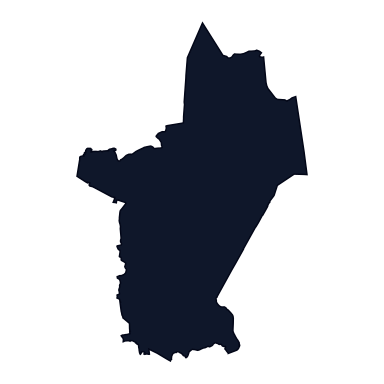 outline of Álvaro Obregón, Michoacán, Mexico
{"feature_id": "50627088B69067418356902", "entity_name": "Álvaro Obregón", "entity_type": "district", "adm_level": 2, "iso_a3": "MEX", "parent_name": "Mexico", "parent_adm1": "Michoacán", "projection": "robinson", "projection_center": [-101.043, 19.878], "detail": "fine", "context": "isolated", "style": "filled", "palette": "ink", "viewbox_px": 384, "rotation_deg": 0, "n_neighbors": 0, "source": "geoboundaries", "source_scale": "gbopen_adm2", "svg_char_len": 5968}
<svg xmlns="http://www.w3.org/2000/svg" viewBox="0 0 384 384"><path d="M226.7,56.5L222.9,55.4L202.5,23.0L187.4,57.7L186.0,75.2L185.9,78.2L184.2,102.0L184.6,105.6L184.4,105.7L183.6,116.8L183.6,118.5L183.4,122.8L182.1,123.2L167.6,125.6L166.4,125.9L166.0,126.1L166.3,127.9L166.2,128.8L166.0,129.7L165.6,130.5L165.5,131.2L165.3,131.5L164.7,131.8L162.2,131.7L158.2,133.5L158.2,134.0L157.5,134.5L156.7,135.4L156.2,136.1L156.2,136.3L156.2,136.6L156.4,136.8L157.3,137.6L158.1,138.4L159.2,139.1L161.4,142.6L161.4,144.0L161.6,145.5L162.1,146.7L162.1,147.5L161.7,147.8L160.2,148.1L157.6,148.2L154.5,148.6L153.5,148.0L153.2,147.4L152.0,146.6L151.1,146.2L150.4,146.1L147.3,146.7L144.2,147.4L143.4,147.9L138.9,150.0L136.0,151.5L132.6,154.0L131.1,154.6L130.9,154.2L128.8,154.3L126.3,155.4L125.2,156.4L123.9,157.7L122.0,159.2L120.7,159.8L119.9,160.9L119.2,161.1L118.5,161.0L117.6,160.1L116.9,158.6L116.2,155.1L115.0,152.5L114.2,151.5L113.8,150.9L114.1,150.7L114.9,150.6L115.6,150.4L115.9,150.0L115.8,149.1L114.4,148.3L113.0,148.3L112.2,148.7L109.4,149.3L108.2,150.3L108.4,150.7L102.9,151.1L102.6,151.6L101.7,151.6L101.1,151.1L100.3,150.9L99.3,151.3L98.1,151.6L95.8,151.4L93.0,151.5L92.3,151.8L91.0,152.2L90.9,152.1L90.9,151.8L91.3,151.6L91.3,151.3L91.2,151.0L91.2,150.7L91.8,150.1L91.8,149.6L91.5,149.3L91.0,149.4L90.7,148.5L89.9,148.3L89.4,148.5L87.9,148.3L86.9,148.7L86.1,149.9L85.8,150.2L85.5,152.2L85.6,152.5L84.8,152.5L84.4,152.9L84.4,153.5L84.5,153.8L84.8,154.1L83.8,154.4L83.5,154.8L83.3,155.2L83.9,155.4L84.0,156.0L83.6,156.2L82.5,156.1L81.0,156.3L80.2,156.8L79.8,157.1L79.7,158.7L79.8,159.1L77.0,176.3L86.7,182.5L87.5,182.2L87.7,182.9L88.7,182.7L89.1,182.5L89.9,183.0L89.1,185.0L89.8,186.0L90.3,186.1L92.7,186.7L111.9,196.9L114.6,197.4L114.4,197.8L114.7,197.9L114.9,198.1L113.2,202.3L115.0,202.5L116.3,202.8L116.7,200.2L118.7,200.0L118.7,200.3L125.4,202.5L125.9,203.5L122.0,208.6L120.4,210.5L120.0,211.9L119.4,217.5L119.4,219.1L119.2,220.5L119.4,222.0L120.2,224.7L120.5,226.5L120.3,228.6L121.1,238.0L121.0,238.9L120.7,239.8L120.5,241.2L121.0,242.2L120.8,242.3L121.4,243.4L121.5,244.1L121.3,244.7L120.8,245.1L117.2,245.9L117.0,246.2L117.1,246.7L118.1,249.0L119.0,249.9L119.8,250.2L120.1,251.6L120.1,252.0L119.4,256.3L119.4,256.6L119.7,256.9L120.7,257.2L121.1,257.6L121.2,257.9L121.2,259.9L121.5,260.4L124.2,261.9L125.1,262.6L125.7,263.2L125.7,263.7L124.8,266.7L125.4,268.1L126.5,269.5L125.7,272.8L124.2,274.4L121.5,275.6L119.4,275.7L118.1,276.4L117.2,276.6L117.2,276.8L117.4,278.1L119.4,279.3L119.7,279.7L120.3,281.5L120.4,282.2L120.4,282.6L120.6,282.8L120.4,283.6L120.0,284.3L119.6,285.3L119.7,286.6L119.5,287.9L119.0,289.1L118.9,289.6L118.9,290.5L119.2,291.5L119.5,293.8L119.4,294.1L117.1,295.0L117.1,295.4L117.3,296.5L117.0,298.0L119.4,299.1L119.6,299.5L119.9,300.9L120.6,302.1L120.5,302.3L120.0,302.1L121.2,311.2L121.6,312.8L122.0,315.0L123.0,317.1L122.9,317.8L128.6,322.6L129.4,323.2L129.4,323.5L129.5,324.0L129.6,329.0L129.7,329.7L130.0,330.8L130.1,331.0L129.7,331.1L129.9,333.7L127.1,334.5L125.7,334.6L123.8,335.0L122.3,335.1L121.2,335.8L123.2,338.5L123.4,339.9L123.2,341.7L123.6,341.6L124.2,341.2L125.2,340.9L127.9,340.7L129.1,340.8L129.9,341.1L129.9,340.6L132.6,340.7L135.3,342.2L136.0,342.2L136.5,342.9L136.5,343.0L136.2,343.2L136.6,343.4L136.9,344.0L137.1,344.1L138.3,344.5L138.7,346.7L138.7,347.2L139.1,349.1L139.1,349.9L139.6,352.8L140.1,354.0L140.3,354.3L140.6,354.1L140.8,353.7L140.8,353.4L141.2,353.1L141.3,352.9L141.4,352.4L141.7,352.1L142.0,351.9L143.0,351.7L144.0,352.0L144.5,352.2L144.8,352.4L144.5,353.0L144.2,353.4L144.0,353.8L144.0,354.1L144.3,354.3L145.0,353.9L145.4,354.1L145.5,354.2L145.9,354.2L146.2,353.9L146.9,353.8L147.7,354.1L149.1,354.3L149.4,354.2L148.8,349.1L157.2,353.2L166.7,358.9L170.4,361.0L170.8,359.9L171.1,359.6L171.5,359.4L171.4,358.6L171.7,356.0L173.0,353.4L175.5,352.3L175.8,352.3L176.1,352.5L176.3,352.4L176.8,351.7L177.1,351.8L177.9,351.7L178.8,351.9L179.4,352.3L180.0,352.5L180.2,352.8L180.3,353.0L181.0,353.0L181.7,353.6L182.1,354.1L182.8,354.5L183.0,354.7L183.1,355.4L183.4,355.6L185.2,356.2L185.6,357.5L186.0,357.7L187.3,356.7L188.1,355.0L189.1,351.9L189.3,351.4L190.0,351.1L190.9,350.3L192.3,349.3L193.6,349.5L194.8,349.6L197.6,350.3L198.1,350.2L199.5,349.8L200.6,349.2L203.3,348.0L205.1,347.7L206.7,346.9L208.1,346.2L209.0,346.7L209.8,346.8L210.0,346.6L211.1,346.1L211.9,345.7L212.7,345.0L213.2,344.1L214.1,343.4L214.7,343.0L215.5,342.8L218.2,343.7L218.9,344.3L219.3,344.4L220.7,344.3L221.4,344.5L222.4,346.0L222.9,346.1L223.2,346.3L224.3,346.6L225.3,346.3L225.5,346.5L225.5,347.6L225.2,348.1L224.9,348.9L225.3,349.2L226.7,351.2L228.3,353.2L228.3,353.4L236.7,350.2L237.4,349.7L238.4,348.6L239.4,346.3L239.2,346.3L239.2,346.0L239.4,345.2L239.2,345.1L239.1,344.2L239.4,344.3L239.1,343.2L239.2,342.8L237.8,340.3L236.8,339.0L235.8,337.2L235.7,337.2L234.7,335.1L233.8,333.5L233.1,331.7L232.9,330.5L233.2,323.4L233.3,318.4L233.0,316.2L232.5,315.0L230.8,312.9L228.1,310.0L227.4,309.6L227.0,309.6L226.7,309.0L225.9,307.9L224.7,307.1L224.1,306.9L223.4,307.0L221.5,307.0L220.2,306.5L219.4,306.0L218.3,304.9L217.1,303.4L216.5,302.2L216.3,301.6L216.3,300.0L215.9,299.1L216.0,298.2L216.7,297.4L216.9,297.3L217.3,296.2L232.0,269.5L235.4,263.6L243.4,249.3L243.3,249.2L243.7,248.3L256.1,226.0L256.2,225.9L256.3,226.1L258.5,222.4L262.4,215.2L262.7,215.2L265.6,210.1L267.3,207.0L267.3,206.7L267.7,206.1L267.4,205.9L268.4,204.1L269.1,202.8L269.6,202.5L269.8,202.0L269.9,201.9L269.8,201.1L273.3,196.5L274.1,195.3L277.2,185.7L277.7,185.1L294.0,174.2L294.5,174.1L304.1,174.4L307.0,174.6L304.0,151.5L295.7,96.6L292.0,97.9L289.9,99.5L288.0,100.4L286.9,101.1L284.8,99.9L277.3,99.4L275.3,98.1L267.9,88.5L266.7,85.7L266.0,82.5L263.6,57.0L262.4,57.3L261.0,57.1L260.1,56.8L259.7,56.8L259.5,56.5L259.5,55.9L259.8,54.9L261.4,52.8L259.5,51.3L256.7,50.2L255.1,50.9L251.5,51.2L249.0,51.2L246.6,52.4L243.6,53.7L240.4,54.3L236.6,54.2L234.5,54.0L233.3,55.0L232.0,56.9L230.2,58.0L228.0,58.0L226.7,56.5Z" fill="#0f172a" stroke="#020617" stroke-width="1.5"/></svg>